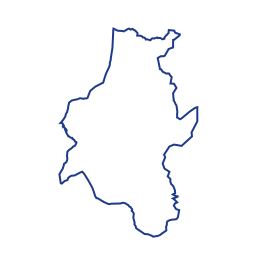 Lere, Kaduna, Nigeria, rotated 189°
{"feature_id": "59680162B33448314455063", "entity_name": "Lere", "entity_type": "district", "adm_level": 2, "iso_a3": "NGA", "parent_name": "Nigeria", "parent_adm1": "Kaduna", "projection": "albers", "projection_center": [8.605, 10.36], "detail": "fine", "context": "isolated", "style": "outline", "palette": "blue", "viewbox_px": 256, "rotation_deg": 189, "n_neighbors": 0, "source": "geoboundaries", "source_scale": "gbopen_adm2", "svg_char_len": 4338}
<svg xmlns="http://www.w3.org/2000/svg" viewBox="0 0 256 256"><g transform="rotate(189 128 128)"><path d="M195.4,122.4L195.0,122.5L194.6,122.5L194.3,122.5L193.9,122.6L193.6,122.5L193.3,122.4L193.2,122.2L193.1,121.8L193.0,121.6L192.8,121.4L192.9,121.1L192.8,120.9L192.6,120.7L192.3,120.5L192.0,120.5L191.8,120.4L191.9,120.2L192.0,120.0L192.3,119.9L192.3,119.7L192.5,119.3L192.3,119.2L192.2,118.9L192.1,119.0L191.9,119.0L191.6,119.0L191.4,119.0L191.3,118.9L191.2,118.7L190.9,118.5L190.7,118.3L190.5,118.2L190.4,118.1L190.2,118.0L190.2,117.8L189.9,117.6L189.8,117.4L189.7,117.4L189.4,117.4L189.2,117.2L189.3,117.1L189.5,117.0L189.6,116.8L189.9,116.7L189.8,116.4L189.6,116.2L189.4,116.4L189.2,116.5L188.9,116.5L188.7,116.4L188.8,116.1L188.7,116.0L188.5,115.9L188.7,115.7L188.8,115.5L188.6,115.4L188.5,115.2L188.4,115.0L188.6,114.9L188.8,114.8L188.5,114.1L185.6,110.4L184.5,110.4L184.1,110.0L183.7,109.8L183.5,109.7L183.3,109.6L182.3,109.4L181.6,109.5L180.9,108.7L180.9,108.4L180.3,108.3L180.0,108.2L178.9,107.5L178.8,107.3L178.3,106.3L177.9,106.2L177.3,106.1L177.0,106.0L176.7,105.9L176.7,104.7L177.7,102.1L179.1,101.2L180.1,99.9L180.6,99.1L181.5,98.3L182.7,97.2L183.0,96.8L184.1,95.3L183.9,90.6L183.4,89.3L183.1,88.4L183.1,86.8L183.3,85.8L183.5,84.9L183.7,84.4L185.6,82.5L185.5,82.3L185.7,80.5L186.1,77.7L187.2,75.0L187.9,73.1L188.5,71.6L185.8,63.0L184.7,62.7L182.4,65.6L181.0,66.4L179.7,67.1L179.2,69.5L176.8,71.8L173.1,72.9L171.0,74.5L168.6,76.3L166.4,77.7L164.3,76.1L159.0,70.0L154.3,64.0L152.8,61.6L151.6,59.2L149.7,55.5L148.2,53.8L146.8,53.8L143.9,52.6L140.8,51.4L140.6,51.2L136.6,50.1L134.6,49.8L133.0,50.5L131.7,50.8L123.9,52.2L121.2,53.4L118.7,53.2L118.3,53.0L117.6,52.6L115.5,51.8L114.5,50.7L113.2,50.3L111.9,49.0L111.1,48.3L111.2,47.5L111.4,46.8L109.6,45.5L108.9,44.4L108.7,40.2L106.6,35.4L106.6,33.9L105.0,32.1L104.3,30.3L95.0,25.9L91.5,26.2L91.2,26.1L87.6,25.3L86.2,24.6L82.2,25.9L79.9,27.1L78.8,28.2L77.9,29.2L76.9,30.1L74.1,32.8L74.8,35.9L74.9,36.7L74.5,38.5L74.8,40.2L74.5,41.9L73.1,43.0L72.3,43.5L70.1,44.4L66.4,45.3L65.3,46.4L64.8,47.9L64.7,48.1L64.6,54.9L67.8,55.4L70.6,58.6L69.7,61.0L67.8,62.2L70.8,64.5L72.6,65.4L69.6,67.0L67.9,68.2L67.5,68.4L68.4,68.3L70.0,68.2L73.3,69.4L72.8,69.8L71.2,70.9L71.9,73.6L72.6,75.1L73.9,77.2L74.3,77.8L75.1,78.4L76.5,79.3L77.9,81.9L78.1,84.2L81.2,86.4L80.2,91.2L84.7,93.2L85.6,93.6L88.2,98.3L86.7,104.9L88.2,107.3L84.2,116.2L80.0,118.8L76.6,118.8L72.6,118.7L72.3,118.7L63.5,129.7L64.2,132.5L64.4,133.1L64.5,133.7L60.6,145.4L62.8,159.4L64.3,158.7L65.3,158.0L69.6,153.9L75.8,146.8L76.8,145.7L78.0,144.8L81.2,146.1L81.2,147.1L81.7,149.1L81.7,150.5L81.7,151.0L81.8,151.8L83.4,157.1L84.2,158.5L84.8,159.0L85.6,160.4L87.4,162.7L87.3,163.5L87.8,164.8L88.9,169.5L86.4,175.2L89.5,178.9L93.0,178.6L92.8,185.1L94.9,186.8L95.8,188.1L97.0,188.2L98.5,187.7L102.7,189.1L104.4,191.1L105.0,191.1L105.6,191.1L106.2,192.7L109.6,201.7L109.2,202.1L108.2,202.9L106.9,204.0L105.9,204.1L104.8,204.4L104.5,204.3L103.0,205.1L100.2,212.4L96.1,214.6L97.2,222.1L96.9,222.3L96.2,222.4L92.1,226.9L91.5,227.5L91.5,228.6L95.7,229.4L96.5,229.6L96.9,230.4L97.2,230.8L97.5,231.4L103.0,231.1L102.9,229.1L102.8,228.1L103.5,227.3L104.3,225.9L104.6,225.7L106.2,223.1L106.0,221.9L107.7,221.0L109.6,221.8L110.2,221.9L111.2,221.8L112.0,221.7L112.5,221.5L112.8,221.8L113.3,222.0L115.5,220.8L115.8,220.7L116.0,220.5L116.6,220.5L117.0,220.5L117.8,220.4L118.0,220.2L118.5,220.0L119.1,218.9L119.7,218.1L120.6,218.3L123.1,218.6L124.3,218.2L125.1,219.4L126.4,219.9L127.6,219.8L128.0,220.4L129.7,221.1L133.4,220.7L133.4,220.8L133.3,222.2L133.3,222.4L133.5,223.2L133.7,223.5L136.5,225.6L137.4,225.6L137.7,225.9L138.7,226.4L139.3,226.6L139.8,226.2L140.8,225.6L142.4,226.3L142.9,226.2L143.4,225.9L143.8,225.6L147.2,222.8L149.1,222.9L153.5,222.5L157.9,223.9L157.9,222.9L156.3,208.4L155.9,204.5L155.9,201.4L155.9,197.3L155.9,194.2L155.7,192.7L155.9,191.6L156.1,189.2L155.8,186.8L157.5,180.7L158.2,178.3L158.9,174.0L159.6,168.9L160.5,168.3L163.2,166.3L163.6,166.0L166.8,163.7L170.0,160.0L171.1,158.8L171.5,157.1L172.2,153.7L172.7,151.4L173.8,150.6L174.9,150.6L176.8,149.8L178.9,150.0L180.5,149.7L182.1,148.6L185.9,147.2L187.9,146.3L188.9,145.2L189.2,144.9L189.3,144.8L190.2,143.7L190.2,142.2L190.4,140.1L190.2,138.3L190.5,136.3L190.7,134.0L191.5,132.1L191.8,129.3L193.3,125.9L195.4,122.4Z" fill="none" stroke="#1e3a8a" stroke-width="2"/></g></svg>